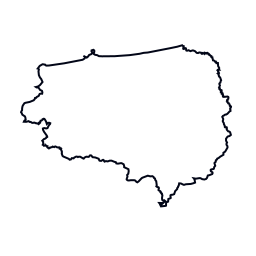 the district of Sichon, Nakhon Si Thammarat, Thailand, rotated 264°
{"feature_id": "78962969B22761856957978", "entity_name": "Sichon", "entity_type": "district", "adm_level": 2, "iso_a3": "THA", "parent_name": "Thailand", "parent_adm1": "Nakhon Si Thammarat", "projection": "natural_earth1", "projection_center": [99.813, 8.965], "detail": "fine", "context": "isolated", "style": "outline", "palette": "ink", "viewbox_px": 256, "rotation_deg": 264, "n_neighbors": 0, "source": "geoboundaries", "source_scale": "gbopen_adm2", "svg_char_len": 5831}
<svg xmlns="http://www.w3.org/2000/svg" viewBox="0 0 256 256"><g transform="rotate(264 128 128)"><path d="M103.4,85.5L103.5,86.1L104.7,87.3L104.7,88.2L104.4,88.7L102.7,89.7L102.1,92.4L100.5,95.6L98.7,96.1L98.3,96.7L98.1,98.0L98.9,99.5L98.9,100.1L98.5,100.5L97.5,100.8L97.0,101.2L97.4,102.5L96.9,104.4L97.4,106.3L97.2,108.3L95.7,111.1L95.3,112.3L94.0,112.7L93.6,114.3L93.8,117.5L93.4,118.4L92.3,119.9L90.6,120.2L89.4,120.1L87.0,124.1L85.1,124.2L82.5,123.5L81.3,122.2L79.7,122.4L77.8,121.5L76.9,121.3L76.3,121.8L75.9,122.4L75.7,123.4L75.8,125.5L75.4,128.8L75.0,129.7L73.5,130.8L73.0,131.6L73.8,133.0L76.7,136.4L77.1,137.3L78.5,142.7L77.6,145.1L77.5,147.3L76.5,148.4L75.5,148.7L75.0,149.5L73.2,149.8L72.2,150.5L67.9,150.6L67.0,150.1L66.3,150.9L65.9,152.1L65.0,152.5L64.0,152.0L62.9,151.9L61.7,153.6L61.3,153.8L60.7,153.6L60.5,154.0L60.0,154.0L59.3,154.9L58.6,154.7L57.6,155.2L54.8,154.5L53.0,154.5L52.2,155.1L52.4,156.4L51.5,157.3L49.6,155.0L49.8,154.4L50.2,151.2L49.7,151.5L49.3,152.7L48.5,153.5L48.2,153.2L48.0,152.1L46.6,152.6L46.6,156.9L46.8,157.7L49.8,158.1L50.2,158.8L50.6,160.2L53.2,160.7L53.7,162.7L54.0,163.2L56.2,163.1L56.7,163.3L57.0,163.9L57.0,165.5L57.4,167.0L60.3,168.3L62.1,170.5L63.0,170.6L63.8,171.5L64.7,171.7L65.3,172.4L67.6,173.1L67.3,174.8L66.1,176.7L65.6,177.7L66.0,179.7L65.8,184.6L66.2,187.1L66.7,189.0L69.9,188.8L71.1,188.1L70.5,190.2L70.7,193.8L70.5,194.9L69.4,196.4L68.8,198.6L69.2,200.4L70.2,201.4L72.4,202.4L72.6,204.0L73.4,206.9L73.9,207.3L75.0,207.4L76.4,205.9L77.5,205.8L77.9,206.0L78.1,206.6L78.3,208.7L78.5,209.1L80.2,209.7L81.3,210.8L84.0,210.3L84.4,210.5L85.2,211.7L86.7,212.0L87.4,213.2L88.2,213.5L88.7,215.0L89.9,216.8L91.4,220.1L93.4,220.3L94.4,222.2L98.1,224.9L99.5,225.0L101.1,224.2L102.0,224.3L103.3,225.0L103.9,224.6L105.2,224.2L107.1,224.4L108.8,225.9L109.2,226.6L109.4,228.1L110.4,229.6L113.1,229.1L113.8,228.5L114.2,227.3L116.0,226.1L116.7,226.0L117.3,226.3L118.3,226.3L118.6,225.7L118.5,224.7L118.8,224.4L120.4,224.4L121.6,223.8L122.9,223.8L124.5,223.0L125.2,223.0L126.2,223.5L127.3,223.6L129.2,222.9L130.1,223.7L130.5,224.9L131.0,225.6L131.2,226.3L131.1,226.9L131.7,228.3L133.9,230.8L134.2,231.7L135.5,231.8L136.3,231.5L137.0,232.0L137.4,232.0L138.0,232.6L138.5,232.7L139.1,232.3L139.0,231.8L139.4,231.5L140.9,231.5L141.7,230.8L142.0,230.8L142.1,230.2L143.1,229.9L143.4,229.5L144.4,229.8L144.6,229.2L145.7,229.6L146.5,230.8L148.1,231.1L148.5,230.9L148.9,230.2L148.9,226.6L149.2,225.8L149.6,225.7L150.1,226.1L150.5,225.9L151.1,225.9L151.3,225.4L151.7,225.3L152.0,225.5L152.2,225.0L152.9,225.4L153.6,224.2L154.6,224.9L154.9,224.7L154.7,224.2L155.0,224.1L155.4,225.0L155.9,224.9L155.9,223.9L157.1,223.3L157.4,222.9L157.9,223.4L158.6,223.0L158.7,223.3L159.5,223.2L160.7,223.9L162.3,223.4L163.0,223.8L163.5,224.6L165.1,225.1L165.7,225.6L168.7,224.9L169.4,224.1L170.1,223.8L171.0,223.9L171.6,223.5L172.4,223.8L172.8,223.3L173.1,224.2L173.7,224.1L174.2,223.6L174.7,223.7L174.9,223.5L175.6,223.6L176.1,223.0L176.5,223.3L176.4,224.8L176.7,224.6L178.1,225.0L180.2,224.1L183.2,224.2L183.2,223.0L183.5,223.0L183.5,222.6L184.7,222.4L184.6,221.7L185.6,221.2L186.1,220.5L186.4,219.6L188.5,219.4L189.3,218.8L189.6,219.1L190.2,218.2L190.8,218.4L191.9,216.8L192.1,216.9L192.6,216.1L193.0,216.3L193.6,215.8L193.7,215.0L193.9,215.4L194.5,214.7L194.3,213.4L194.9,212.0L194.0,211.6L194.4,211.3L194.8,210.1L194.1,209.9L194.0,209.3L194.3,208.9L195.1,208.7L195.3,208.4L195.7,206.7L195.2,205.5L195.6,204.1L197.3,202.8L198.2,201.2L198.4,200.3L197.9,198.1L199.0,196.4L198.7,195.0L198.9,194.2L199.3,194.0L200.8,194.0L201.3,193.8L201.5,193.1L200.7,191.8L200.9,191.3L201.5,191.2L203.5,192.0L204.1,190.8L204.6,190.5L203.7,185.5L203.0,178.5L201.0,155.6L201.1,151.4L200.6,147.3L200.3,137.4L200.8,122.4L202.0,109.8L202.5,106.6L203.7,104.9L204.2,103.0L205.1,101.8L206.3,101.8L206.7,102.2L208.0,102.6L208.7,102.5L209.4,101.7L209.0,99.9L208.1,99.7L207.4,100.0L207.0,100.6L205.9,100.1L205.2,98.9L204.7,97.0L203.3,95.8L203.0,95.1L202.8,95.1L202.3,94.3L204.4,91.2L202.9,93.0L201.6,92.0L200.6,90.0L199.0,71.3L198.4,55.8L198.6,53.2L199.2,52.4L199.6,52.3L200.2,50.4L200.3,49.6L199.0,46.7L196.6,44.5L196.4,45.1L195.6,45.5L193.7,44.9L189.9,44.9L187.5,45.7L185.8,46.8L182.7,47.8L180.0,45.1L179.0,43.5L178.6,42.4L178.4,40.7L177.9,41.3L177.6,43.0L176.9,43.6L175.1,44.5L174.0,46.3L172.5,46.6L171.1,46.2L171.3,44.8L171.1,43.7L169.2,42.5L168.4,40.5L167.6,39.8L167.6,38.7L166.4,38.2L165.4,37.1L164.2,33.0L163.8,28.8L163.5,27.6L161.5,25.9L160.7,25.4L158.8,24.8L156.7,24.5L155.6,23.6L154.7,23.3L154.1,23.8L152.3,24.3L150.3,26.7L149.2,27.0L147.0,27.1L146.0,25.6L145.1,25.1L144.8,27.5L145.2,29.9L144.3,30.8L144.2,31.9L143.3,32.9L143.0,33.9L143.2,35.2L143.0,35.9L142.5,36.4L142.5,37.0L142.2,37.5L141.7,39.0L141.2,39.5L142.5,41.2L142.8,41.2L143.0,40.8L143.3,41.4L143.8,41.5L144.0,41.8L144.4,41.9L144.5,42.9L145.1,43.7L145.7,44.0L145.6,44.8L146.0,45.2L145.8,45.8L145.0,46.3L142.9,47.2L140.4,47.7L141.5,49.1L141.4,50.4L140.9,51.2L140.1,50.9L139.0,49.6L136.3,47.9L136.1,46.7L136.7,44.6L136.4,43.3L135.1,43.3L133.0,44.1L128.8,46.5L127.9,46.7L127.8,46.4L127.4,46.5L127.1,45.8L126.6,45.4L126.0,44.3L125.8,43.3L124.3,41.4L123.0,42.2L122.0,42.0L121.3,42.2L120.9,42.8L120.9,43.2L120.7,41.9L120.2,41.5L119.7,42.2L119.2,42.4L119.1,44.3L119.3,44.4L118.9,44.6L118.7,45.3L118.1,45.5L118.1,45.9L117.4,45.7L116.7,46.2L116.5,47.0L116.0,47.3L116.7,48.4L116.5,48.8L116.9,49.6L116.9,50.5L117.4,51.1L116.7,52.6L117.2,53.4L117.2,54.0L116.1,55.6L115.9,57.4L115.6,57.5L115.7,57.8L115.2,57.9L115.0,58.7L114.6,58.5L114.4,58.9L114.2,58.6L113.9,59.2L113.2,59.2L111.7,59.8L111.3,59.6L110.0,59.7L109.4,59.4L107.1,60.0L106.4,60.7L103.5,65.9L102.6,66.6L102.7,67.9L103.9,69.0L103.5,70.7L104.2,71.4L105.0,73.5L104.9,74.3L104.3,75.1L104.6,76.2L104.4,77.5L102.2,80.5L102.2,80.8L103.1,81.6L103.7,83.1L103.8,83.8L103.4,85.5Z" fill="none" stroke="#020617" stroke-width="2"/></g></svg>